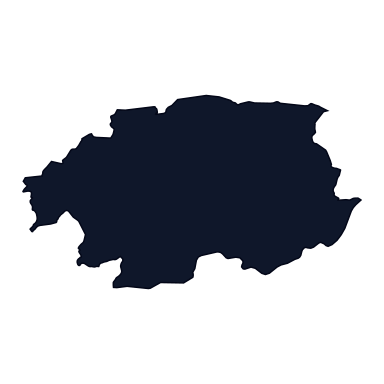 Banskobystrický, Equal Earth projection
{"feature_id": "SVK-1052", "entity_name": "Banskobystrický", "entity_type": "Region", "adm_level": 1, "iso_a3": "SVK", "parent_name": "Slovakia", "parent_adm1": "", "projection": "equal_earth", "projection_center": [19.313, 48.501], "detail": "fine", "context": "isolated", "style": "filled", "palette": "ink", "viewbox_px": 384, "rotation_deg": 0, "n_neighbors": 0, "source": "natural_earth", "source_scale": "10m", "svg_char_len": 5439}
<svg xmlns="http://www.w3.org/2000/svg" viewBox="0 0 384 384"><path d="M361.0,200.0L355.8,204.7L353.3,207.6L351.3,211.0L344.8,228.4L341.2,234.7L337.0,240.3L332.0,244.6L328.1,246.3L326.1,245.6L324.1,243.8L320.7,242.3L318.8,243.0L313.6,247.1L310.8,248.2L307.8,247.9L306.0,247.4L304.5,247.6L302.4,249.8L301.8,251.3L300.8,255.3L299.6,257.2L298.2,258.2L294.9,259.3L288.1,262.9L287.6,263.2L281.1,264.9L277.1,267.0L269.4,273.2L265.4,274.5L261.8,273.3L255.3,268.3L251.0,267.1L244.9,269.1L243.2,268.9L241.6,266.9L242.0,265.0L243.0,263.1L242.9,260.9L239.9,257.8L235.8,257.2L228.0,258.5L226.2,257.8L222.5,253.8L220.6,252.4L218.8,252.0L217.0,251.9L201.3,255.5L198.3,257.0L196.4,260.2L194.8,268.7L192.8,272.2L192.8,272.3L192.7,272.4L192.8,272.5L193.1,273.9L193.2,275.0L193.1,276.2L192.8,277.3L183.6,282.9L160.5,282.5L150.3,288.2L148.4,288.5L127.1,286.3L116.9,287.6L113.5,287.4L113.3,285.3L113.3,282.6L113.6,281.9L115.5,279.4L116.0,278.3L116.5,277.7L117.2,277.2L118.0,276.7L118.8,276.1L119.8,275.2L121.0,273.7L121.7,272.2L121.7,270.7L120.7,266.7L120.7,265.5L121.1,263.9L121.5,263.0L121.8,262.4L122.6,261.4L122.8,261.0L122.8,260.6L122.8,259.9L122.9,259.5L122.7,259.0L122.5,258.6L120.2,256.4L117.4,258.5L116.5,259.1L115.6,259.5L114.8,259.6L114.2,259.6L113.2,259.4L112.7,259.5L112.1,259.7L109.2,260.3L106.8,261.4L105.9,261.6L104.8,261.8L103.4,262.2L102.8,262.5L102.1,262.8L100.9,263.1L100.3,263.4L99.8,264.0L99.2,264.9L99.0,265.7L98.9,266.1L98.8,266.3L98.7,266.5L98.4,266.5L97.3,266.4L96.5,266.4L94.9,266.9L94.0,266.9L93.2,266.8L91.8,266.5L91.3,266.5L90.3,266.6L89.9,266.6L89.2,266.4L88.3,266.0L85.0,263.8L84.3,263.4L83.4,263.2L82.5,263.2L81.8,263.2L81.2,263.4L80.8,263.9L80.4,264.6L80.0,265.1L79.6,265.4L79.2,265.5L78.7,265.4L78.3,265.1L77.8,264.4L77.5,263.5L77.2,262.4L77.2,261.1L77.5,260.2L78.4,259.0L79.6,258.1L80.3,257.3L81.1,257.0L81.3,256.6L81.3,256.0L80.6,254.5L79.2,252.4L78.9,251.6L79.0,251.0L79.7,250.5L79.9,250.2L79.9,249.8L78.4,248.4L78.5,247.6L79.1,246.6L81.1,244.3L83.2,242.5L83.7,241.5L84.0,240.7L85.5,234.5L78.8,221.3L77.8,220.3L73.3,217.1L68.4,210.9L66.4,210.4L65.7,210.7L64.7,211.2L63.1,212.9L60.6,214.9L60.1,215.5L59.5,216.4L58.5,217.4L58.3,217.8L58.2,218.3L58.0,218.8L57.7,219.3L56.9,220.0L56.8,220.7L56.7,221.4L56.6,221.9L56.1,222.5L50.6,224.0L39.9,225.4L37.8,226.1L36.3,227.4L35.2,228.9L34.8,229.3L33.7,230.2L33.2,230.6L32.6,231.6L31.8,231.5L30.1,229.1L31.0,228.1L32.4,226.8L32.8,226.3L33.2,225.8L33.3,225.2L33.5,224.7L33.8,224.3L34.9,223.5L35.5,222.9L36.2,222.0L36.7,220.9L37.1,219.6L37.2,218.1L37.0,216.4L36.4,213.5L35.1,211.4L34.1,210.5L33.4,210.3L32.9,210.2L32.5,209.9L32.3,209.2L32.5,208.0L32.5,206.7L32.1,205.4L30.7,203.2L30.2,202.0L30.3,200.6L30.8,199.9L32.2,198.3L32.4,197.9L32.3,197.7L31.4,197.5L31.1,197.2L31.0,196.6L31.3,195.2L31.4,194.2L31.5,193.1L31.2,192.1L30.6,191.5L29.1,191.1L27.6,191.1L23.5,191.9L23.0,191.6L23.3,190.8L24.4,189.1L26.9,186.5L27.3,185.9L26.9,185.2L25.8,184.5L23.3,181.3L25.3,177.8L42.0,176.0L42.0,175.5L42.1,175.2L42.7,173.7L42.8,173.3L42.8,173.0L42.8,172.7L42.8,172.3L42.9,171.9L43.1,171.3L43.6,170.6L44.4,169.6L46.9,167.1L51.5,161.5L60.8,163.6L61.8,163.6L62.9,163.4L63.0,162.5L62.6,160.6L62.9,160.1L63.5,159.6L65.9,157.8L66.6,157.1L70.7,150.5L71.5,149.6L72.4,149.2L75.0,149.1L75.7,148.9L76.4,148.5L78.7,145.5L80.8,141.8L81.4,141.1L81.7,140.6L81.9,140.2L82.0,138.7L89.3,134.4L91.4,133.8L91.7,134.1L91.9,134.6L92.1,135.0L92.3,135.4L92.5,135.6L92.8,135.9L93.2,136.5L93.3,136.8L96.2,137.4L110.7,138.1L113.0,134.5L113.4,133.1L114.0,130.6L114.1,129.5L114.0,128.8L113.7,128.5L111.5,126.8L110.5,125.2L110.3,124.3L110.5,123.6L111.0,123.1L111.7,122.3L111.9,121.3L111.7,120.1L110.8,117.4L110.8,116.6L111.1,116.1L114.0,114.9L114.8,114.2L115.3,113.7L117.3,109.8L125.3,110.2L153.5,106.8L154.9,106.8L155.1,107.2L155.4,107.9L155.7,108.2L156.2,108.4L156.6,108.9L156.9,109.7L157.2,111.4L157.3,112.2L157.2,112.8L156.5,113.0L156.2,113.1L156.0,113.3L155.6,114.2L156.0,114.4L156.5,114.4L163.4,113.5L164.4,113.2L165.3,112.7L165.6,112.3L165.8,111.9L166.0,111.5L166.2,110.1L166.5,109.3L168.3,107.3L171.9,105.5L177.6,99.6L206.2,95.5L219.1,96.9L230.1,100.3L231.4,101.1L232.3,102.0L232.9,102.3L234.6,102.7L235.3,102.9L235.8,103.3L236.2,103.8L237.1,104.5L237.8,104.8L238.4,104.8L240.4,103.8L248.2,101.9L249.8,101.9L254.6,103.0L270.9,103.3L271.3,103.2L273.4,103.0L276.4,101.8L277.3,101.8L278.0,101.9L280.3,103.3L304.8,105.9L308.0,105.7L310.7,103.7L311.8,103.7L314.9,105.0L318.3,106.0L319.2,106.4L320.4,107.2L327.4,110.7L323.5,111.7L315.6,121.8L314.8,123.1L315.0,124.2L315.0,124.8L314.9,125.4L314.8,127.5L314.8,129.2L315.3,131.3L315.4,132.5L314.6,133.4L313.8,134.3L312.9,135.0L312.4,135.6L312.0,136.2L311.8,137.2L311.9,138.5L312.5,141.0L313.2,142.4L314.5,143.5L316.5,143.8L316.8,144.0L325.6,150.1L326.6,151.8L330.2,160.5L331.4,164.5L331.2,164.9L331.1,165.3L331.0,165.8L331.0,166.3L331.3,166.7L331.9,167.2L333.5,167.9L334.7,168.2L336.6,168.4L337.1,168.6L338.6,169.2L340.1,169.7L340.5,170.0L340.5,170.3L340.1,171.8L339.4,174.7L339.2,175.4L338.9,175.9L338.4,176.4L338.0,177.1L337.6,177.9L337.1,179.2L335.9,184.3L335.5,185.2L334.5,186.5L333.9,187.5L333.4,188.6L333.1,190.0L333.2,190.9L333.4,191.7L334.0,192.7L334.2,193.3L334.2,193.9L334.1,194.5L334.0,195.0L334.5,195.7L335.3,196.4L338.3,198.0L338.7,198.4L338.6,198.8L338.3,199.2L338.1,199.6L337.9,199.9L338.0,200.2L338.7,200.2L346.0,199.7L348.6,200.0L350.0,200.0L353.0,198.5L354.2,198.2L358.0,198.1L360.9,199.9L361.0,200.0Z" fill="#0f172a" stroke="#020617" stroke-width="1.5"/></svg>